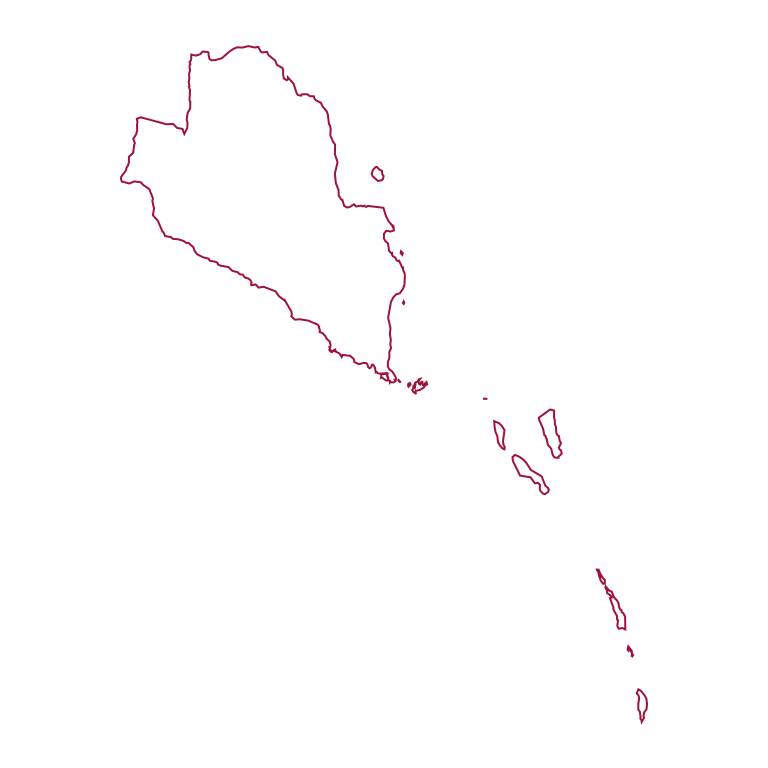 Seram Bagian Timur, Maluku, Indonesia (Equal Earth projection)
{"feature_id": "22746128B38603798591380", "entity_name": "Seram Bagian Timur", "entity_type": "district", "adm_level": 2, "iso_a3": "IDN", "parent_name": "Indonesia", "parent_adm1": "Maluku", "projection": "equal_earth", "projection_center": [130.853, -3.88], "detail": "fine", "context": "isolated", "style": "outline", "palette": "rose", "viewbox_px": 768, "rotation_deg": 0, "n_neighbors": 0, "source": "geoboundaries", "source_scale": "gbopen_adm2", "svg_char_len": 6090}
<svg xmlns="http://www.w3.org/2000/svg" viewBox="0 0 768 768"><path d="M121.8,181.5L129.4,183.5L134.5,181.4L140.8,182.3L143.2,185.0L149.2,189.0L152.9,198.2L152.4,201.3L154.0,208.5L152.9,215.2L157.9,220.8L162.4,231.6L163.4,232.2L165.2,236.1L170.9,237.1L172.7,238.8L178.7,239.4L183.4,240.9L186.5,243.0L188.4,242.8L193.4,247.3L194.8,251.2L197.3,254.4L203.2,257.3L208.7,258.7L209.7,260.7L215.9,261.9L217.7,263.1L217.9,264.5L220.9,265.8L228.3,267.0L232.4,270.9L237.5,272.1L239.7,274.2L242.9,274.7L244.7,277.4L248.3,278.5L250.4,280.2L251.6,282.4L251.0,284.4L251.5,285.3L255.6,284.4L258.6,287.6L263.7,286.8L275.7,291.4L278.7,296.0L284.4,300.4L284.7,300.0L291.5,311.7L291.9,314.3L291.3,316.3L294.7,319.6L300.1,319.3L308.2,320.6L317.5,324.5L319.2,326.8L318.9,327.6L319.9,329.9L319.6,332.1L322.4,333.0L325.4,336.1L326.7,338.8L329.7,341.5L330.5,345.0L330.3,347.1L329.4,347.1L330.0,350.0L329.5,350.1L330.7,351.7L332.0,352.1L330.3,350.8L330.7,350.2L332.2,351.8L332.6,351.0L333.9,351.2L333.9,350.1L335.2,349.5L335.8,351.6L339.5,353.5L341.7,357.0L342.5,354.9L350.2,355.8L353.7,359.0L354.5,362.1L359.0,364.2L363.7,362.8L366.3,363.2L367.3,364.0L368.1,367.0L369.4,368.2L370.7,367.6L372.1,364.7L373.0,364.6L375.0,367.6L375.7,372.4L376.7,372.0L377.5,373.1L379.8,373.7L387.1,373.1L387.6,373.9L387.1,374.5L388.3,378.1L388.2,379.7L389.9,381.0L389.9,382.2L390.4,381.5L390.9,382.3L393.9,382.3L395.4,381.1L394.9,380.1L395.7,380.3L396.1,378.5L395.2,376.1L392.0,371.2L389.3,369.3L387.8,366.4L387.9,361.7L389.4,358.1L389.3,352.0L391.0,348.2L390.3,344.2L390.8,340.1L389.9,333.6L390.5,328.1L388.1,317.8L391.0,301.8L393.5,297.1L396.2,294.3L399.8,293.3L402.9,289.0L404.4,285.1L404.9,275.7L404.7,273.6L403.2,270.3L402.9,267.3L402.2,267.5L399.1,260.7L397.9,261.1L396.5,260.2L395.3,257.6L392.9,256.2L392.0,254.7L392.0,252.8L390.8,252.8L389.0,250.7L388.0,243.4L385.2,240.9L383.9,238.3L384.0,233.7L386.2,230.8L390.8,231.5L393.9,230.4L393.4,226.0L392.9,225.6L393.4,228.2L392.3,225.8L388.4,220.9L385.9,215.9L383.4,207.8L367.9,205.9L366.1,207.0L364.2,205.6L363.0,206.4L360.9,205.7L356.1,206.5L354.1,204.3L349.5,207.1L347.1,207.5L344.1,205.8L342.4,199.9L341.4,199.8L338.7,195.7L338.6,190.2L335.8,183.0L334.9,173.5L337.4,162.9L337.3,161.3L334.9,154.2L335.1,144.6L333.1,141.8L330.3,135.4L330.7,129.3L330.1,125.6L329.0,124.3L327.8,114.4L326.8,111.5L322.8,106.7L320.9,102.9L315.7,100.1L314.4,98.6L313.9,96.3L310.0,96.2L307.1,94.2L301.7,94.4L300.9,95.7L297.8,94.9L296.6,93.1L293.6,83.7L287.9,77.4L287.9,79.4L286.7,80.2L283.9,78.6L283.1,74.4L283.2,70.2L282.4,68.0L276.9,64.8L275.2,60.6L268.6,55.2L267.1,51.9L262.0,52.4L260.7,51.6L258.3,46.9L254.6,47.5L248.4,46.1L242.3,47.6L237.4,47.3L234.2,48.5L229.6,51.4L221.9,58.2L214.9,60.2L211.4,60.2L209.6,59.0L208.6,55.4L208.5,52.6L207.9,52.1L202.7,51.5L200.3,54.2L195.9,55.6L191.3,54.6L191.2,59.2L190.7,60.8L189.6,61.8L190.4,64.5L189.7,65.2L189.5,67.0L190.1,70.2L189.1,73.7L189.3,78.7L188.7,82.1L189.5,86.2L188.8,86.8L190.1,90.1L189.5,100.2L190.3,101.7L190.2,108.4L187.6,112.9L186.7,119.8L187.5,122.5L187.3,128.0L184.3,133.9L182.5,128.9L177.0,127.9L173.1,123.9L166.5,124.3L140.7,117.3L136.8,118.8L137.5,122.3L137.0,124.3L137.2,130.3L136.2,134.2L133.3,138.9L134.9,143.2L134.1,145.1L133.2,152.9L129.0,156.6L128.8,163.0L127.7,166.1L126.7,167.2L126.0,170.4L121.2,176.8L121.0,179.1L121.8,181.5ZM550.2,409.5L539.2,417.4L538.7,418.6L543.1,428.9L544.3,435.0L545.7,436.1L545.8,437.8L546.7,438.9L547.8,444.8L551.2,448.7L552.8,455.2L554.6,457.5L558.4,457.8L558.3,456.9L561.7,453.7L561.0,450.4L559.5,449.3L558.8,447.6L561.0,443.2L559.7,440.8L558.9,436.0L557.5,435.3L556.3,432.8L556.0,427.3L554.9,424.0L554.8,420.1L554.0,417.5L554.1,410.6L550.2,409.5ZM519.3,456.7L514.9,454.9L512.8,456.9L513.2,457.3L512.7,457.1L512.5,458.5L513.2,461.6L520.1,475.6L530.5,477.3L534.9,483.3L538.2,482.9L540.0,484.9L539.8,488.5L540.4,490.9L542.9,493.6L545.0,494.1L548.0,492.1L548.8,489.9L548.5,488.5L545.3,485.6L541.6,476.3L531.0,470.1L526.4,463.0L523.3,459.6L519.3,456.7ZM605.7,586.4L605.4,587.8L607.1,590.9L607.1,593.0L611.8,596.6L611.6,598.5L611.5,597.1L609.9,598.0L613.5,607.7L613.4,609.5L616.9,615.8L617.1,619.6L618.0,620.2L617.3,626.0L618.0,627.5L618.9,628.8L622.2,628.0L625.3,629.4L625.1,616.6L623.2,613.0L621.7,612.3L621.6,610.3L620.2,609.5L618.8,606.2L618.7,603.5L617.1,600.6L614.0,597.3L611.7,591.6L609.4,590.8L605.7,586.4ZM640.7,690.6L638.4,689.4L636.7,693.5L638.3,695.0L639.2,697.9L638.3,703.7L638.3,709.5L639.8,711.6L640.6,717.1L640.3,718.6L641.4,720.0L641.7,721.9L644.1,717.7L643.5,716.1L644.1,712.6L646.6,709.0L647.0,703.7L646.4,698.8L644.8,695.6L640.7,690.6ZM503.0,441.4L504.5,430.0L501.1,425.0L498.6,423.0L494.2,421.2L494.7,427.7L495.6,432.3L497.3,436.0L498.0,442.1L499.8,445.3L502.6,448.5L504.4,449.3L504.7,447.0L503.5,444.8L503.0,441.4ZM377.9,180.9L381.8,180.3L383.0,179.0L383.6,176.1L382.3,174.3L381.9,170.7L379.5,169.7L376.8,166.9L375.4,167.2L372.9,170.1L371.7,173.5L372.6,176.2L377.9,180.9ZM418.5,381.1L420.1,378.9L418.7,379.4L417.6,381.8L415.4,382.4L414.2,385.3L415.4,384.9L414.8,388.0L414.1,387.0L414.2,385.8L413.3,386.3L413.3,388.3L412.2,389.9L413.3,392.0L416.4,393.9L415.2,392.3L415.6,390.9L419.9,390.0L423.7,387.6L425.3,385.4L425.0,383.6L423.8,385.3L422.8,385.2L422.4,381.8L421.4,381.8L420.2,384.6L419.2,384.1L418.5,381.1ZM387.3,373.9L381.3,374.2L381.1,377.8L381.8,377.4L386.3,380.6L388.1,380.4L388.0,378.1L387.3,376.8L386.9,374.5L387.3,373.9ZM598.6,569.6L596.9,569.6L598.5,572.6L599.1,576.1L600.8,580.7L603.0,583.7L604.8,583.7L604.8,579.7L603.3,578.5L601.3,575.4L601.1,575.9L598.6,569.6ZM631.6,650.7L628.3,646.4L627.6,649.3L628.1,650.4L628.4,649.7L631.1,651.3L632.1,653.9L631.6,655.9L632.3,656.4L633.2,655.0L632.5,654.7L631.6,650.7ZM409.8,383.0L408.3,383.8L408.0,385.7L408.5,386.7L410.2,385.0L410.2,384.0L409.6,385.4L408.5,385.0L408.9,384.1L410.4,383.8L409.8,383.0ZM402.8,253.1L401.0,251.3L400.6,253.1L402.3,254.8L402.8,253.1ZM403.7,303.9L404.3,302.7L403.7,301.4L402.9,302.9L403.7,303.9ZM397.8,379.4L399.2,381.6L400.8,382.4L398.4,379.8L397.8,379.4ZM427.4,385.3L426.5,382.3L425.9,383.1L427.4,385.3ZM487.4,398.8L483.1,398.6L484.7,398.9L487.4,398.8Z" fill="none" stroke="#9f1239" stroke-width="2"/></svg>